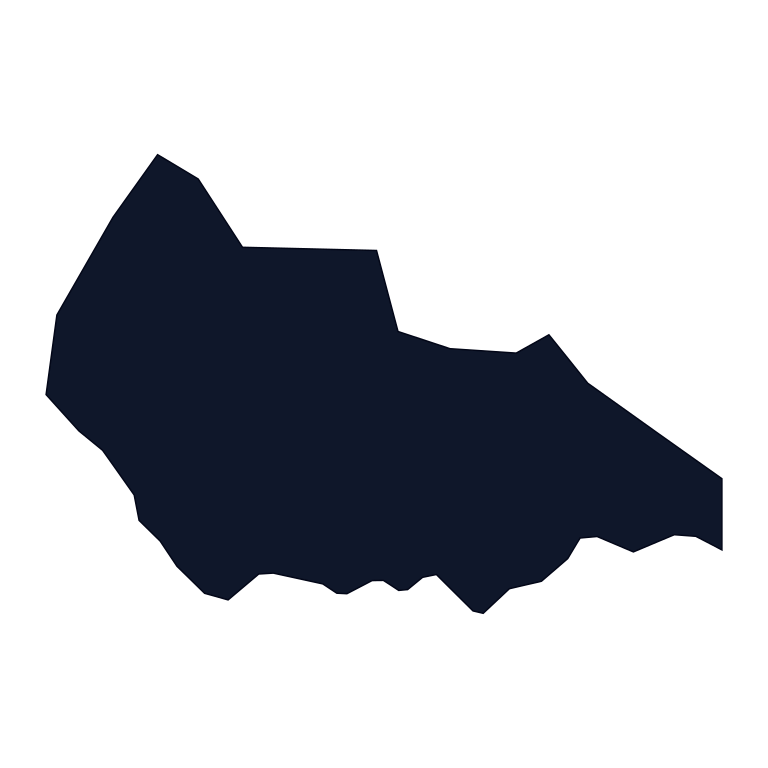 the district of Likasi, Katanga, Democratic Republic of the Congo
{"feature_id": "63176286B59059722008658", "entity_name": "Likasi", "entity_type": "district", "adm_level": 2, "iso_a3": "COD", "parent_name": "Democratic Republic of the Congo", "parent_adm1": "Katanga", "projection": "orthographic", "projection_center": [26.757, -10.963], "detail": "fine", "context": "isolated", "style": "filled", "palette": "ink", "viewbox_px": 768, "rotation_deg": 0, "n_neighbors": 0, "source": "geoboundaries", "source_scale": "gbopen_adm2", "svg_char_len": 873}
<svg xmlns="http://www.w3.org/2000/svg" viewBox="0 0 768 768"><path d="M157.6,154.7L113.1,217.1L56.9,315.0L46.1,394.6L78.9,430.9L102.6,450.3L114.4,466.9L134.2,495.0L139.1,520.4L160.2,541.1L177.0,566.3L188.1,577.1L204.6,593.3L214.7,596.1L228.1,599.9L257.0,575.5L258.7,574.0L273.3,573.1L296.3,578.1L322.8,583.9L336.8,593.2L346.9,593.7L372.0,580.6L374.9,580.5L383.4,580.4L390.4,584.9L398.7,590.4L406.1,589.7L407.6,589.6L422.6,577.3L436.4,574.5L445.8,583.9L473.0,610.9L483.2,613.3L496.5,600.8L509.4,588.7L517.9,586.7L526.5,584.7L538.8,581.9L541.5,581.2L567.7,558.6L577.4,542.4L580.1,538.0L597.1,536.5L633.4,551.9L659.0,541.1L674.3,534.7L695.8,536.3L712.4,544.9L721.9,549.9L721.9,478.7L657.6,433.1L587.7,383.2L568.6,359.3L548.9,334.8L516.2,353.1L450.0,348.7L398.0,331.5L376.5,250.5L242.5,247.3L198.2,179.0L157.6,154.7Z" fill="#0f172a" stroke="#020617" stroke-width="1.5"/></svg>